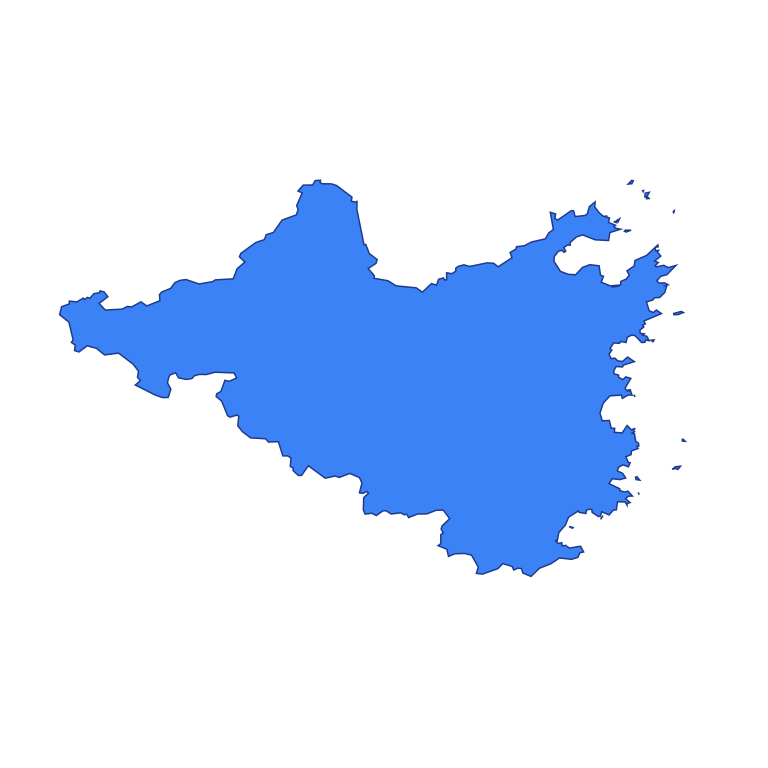 Trenggalek, Jawa Timur, Indonesia, rotated 262°
{"feature_id": "22746128B86316028646138", "entity_name": "Trenggalek", "entity_type": "district", "adm_level": 2, "iso_a3": "IDN", "parent_name": "Indonesia", "parent_adm1": "Jawa Timur", "projection": "equal_earth", "projection_center": [111.621, -8.138], "detail": "fine", "context": "isolated", "style": "filled", "palette": "blue", "viewbox_px": 768, "rotation_deg": 262, "n_neighbors": 0, "source": "geoboundaries", "source_scale": "gbopen_adm2", "svg_char_len": 6175}
<svg xmlns="http://www.w3.org/2000/svg" viewBox="0 0 768 768"><g transform="rotate(262 384 384)"><path d="M184.3,545.3L185.3,551.8L189.6,554.4L189.9,558.3L196.0,556.1L195.7,544.8L199.0,541.2L198.7,538.0L202.1,537.9L201.9,534.2L204.9,532.0L205.6,533.3L204.2,533.6L212.6,536.5L219.2,544.1L226.4,548.2L231.3,558.8L229.7,559.4L227.7,565.9L231.0,567.1L231.4,569.9L230.7,572.4L228.0,572.2L222.9,577.9L223.0,579.8L227.2,581.9L223.0,588.6L227.2,593.5L227.0,596.6L234.9,598.8L233.6,606.4L230.1,607.8L231.8,608.1L232.3,611.2L237.0,607.2L238.9,610.5L238.5,614.4L244.0,610.6L243.4,607.5L245.7,602.6L247.4,602.9L254.0,593.0L258.4,596.8L256.5,604.4L257.3,610.2L262.3,607.9L265.5,603.0L269.0,604.7L270.7,609.5L268.0,614.5L271.7,616.8L272.4,615.0L278.3,613.4L279.7,618.9L283.3,619.7L284.8,626.6L287.1,625.6L287.1,627.7L290.0,627.8L292.1,625.3L299.9,625.1L301.0,622.8L301.9,625.4L303.5,624.5L305.1,626.6L304.3,622.5L309.1,619.0L302.4,613.1L304.1,605.3L308.0,606.3L308.7,602.8L316.5,602.1L317.2,595.0L325.0,593.8L334.4,598.3L340.8,606.1L340.0,617.6L336.6,618.0L339.2,624.5L338.4,628.1L343.1,627.2L343.1,625.7L344.2,627.5L343.9,623.3L346.3,622.1L355.2,629.2L357.4,624.4L355.1,621.0L358.1,617.2L360.1,617.6L362.1,613.2L365.1,613.4L369.0,616.3L367.7,622.6L369.4,623.5L371.3,635.0L376.8,629.0L373.1,623.3L374.4,618.7L377.5,616.2L377.5,612.4L382.2,611.0L385.9,614.3L387.6,612.7L392.7,617.2L391.5,622.9L393.2,624.2L391.4,629.4L396.4,631.4L398.0,636.2L396.8,639.5L389.2,644.9L389.0,648.2L391.2,649.2L390.0,652.6L394.6,650.9L396.5,646.9L397.5,648.6L398.5,644.8L401.7,644.9L404.3,649.2L406.2,648.1L407.1,651.1L410.3,650.3L415.1,668.6L419.4,664.0L417.3,660.7L419.7,656.8L428.8,655.3L429.8,662.0L431.7,663.8L431.3,669.1L435.5,674.7L441.7,677.6L442.2,676.2L442.7,679.2L445.1,675.9L445.6,670.6L448.2,668.5L452.2,673.1L452.8,679.2L460.8,689.7L459.7,681.7L462.6,677.6L462.1,670.3L463.3,668.8L466.1,672.5L468.1,669.1L472.2,675.9L476.6,673.2L478.1,674.5L478.1,671.6L481.4,671.5L481.8,674.7L483.6,674.5L474.8,662.0L471.4,649.8L466.1,648.2L462.2,640.3L457.7,642.1L454.2,638.4L452.6,632.8L449.4,632.2L448.5,630.5L448.2,628.8L448.3,622.9L449.2,631.0L449.7,621.7L454.5,613.3L460.1,616.3L461.6,613.5L471.1,613.5L473.5,604.5L471.9,596.9L465.5,588.9L467.0,581.7L471.0,574.4L481.9,569.4L486.6,570.4L491.2,575.2L491.6,578.9L489.3,580.6L490.4,582.5L494.1,580.9L496.1,585.3L495.5,587.7L498.2,588.0L502.8,595.0L504.0,601.4L497.4,613.2L494.8,626.4L502.5,628.7L504.4,639.8L506.2,634.7L507.8,633.7L508.9,635.4L512.8,628.8L517.1,630.4L519.8,624.3L523.8,620.8L530.0,617.3L534.9,618.4L531.1,612.1L524.0,608.9L522.9,606.5L523.2,596.6L529.2,595.8L529.6,593.6L522.2,578.9L524.2,576.2L528.5,577.7L530.9,572.6L513.4,573.2L510.8,568.3L505.3,564.0L504.1,549.8L501.4,542.3L501.5,534.3L499.3,533.5L496.7,527.2L491.2,528.3L484.2,513.4L488.3,509.3L489.6,503.1L488.5,485.1L490.9,479.7L490.2,474.0L488.8,471.3L485.7,470.7L483.8,466.5L485.4,461.5L478.4,460.5L478.7,458.3L480.8,457.7L480.1,452.7L474.6,449.8L476.8,444.9L469.6,434.8L474.8,429.2L479.5,409.7L485.7,402.3L490.1,388.8L492.5,389.5L500.5,384.4L504.6,392.9L508.2,394.5L515.2,387.6L524.7,385.4L524.8,383.6L560.7,381.4L569.2,382.8L567.9,382.2L569.5,377.0L573.5,378.3L587.1,364.7L589.5,359.9L590.8,350.9L592.3,348.7L594.6,349.5L595.0,344.2L591.0,341.0L592.2,331.7L587.1,325.7L584.6,329.6L572.9,322.4L568.8,323.2L563.7,320.8L560.5,305.9L549.4,295.5L548.3,288.2L543.6,285.6L542.0,276.8L533.3,260.5L530.1,258.5L524.1,263.2L518.6,254.6L509.1,249.3L510.6,231.4L509.2,228.5L508.8,214.7L515.0,202.5L515.0,196.4L513.6,191.2L508.4,186.1L506.0,176.6L503.7,174.1L497.7,173.7L494.3,160.0L499.2,154.8L495.5,145.1L496.5,140.7L494.6,135.0L496.0,118.3L503.4,113.1L508.9,122.7L514.2,119.6L515.7,115.7L514.0,114.9L513.8,109.3L509.9,104.8L511.0,102.3L509.3,99.3L510.9,98.2L508.0,91.2L509.9,84.0L507.1,83.5L505.4,75.5L497.8,72.4L489.1,80.6L470.9,82.3L468.7,80.2L465.5,83.7L460.2,82.2L458.2,86.4L463.1,95.3L459.4,104.2L451.7,111.3L451.5,125.5L438.6,138.3L430.8,142.7L425.0,140.8L421.2,143.2L417.6,137.6L405.0,155.8L401.4,162.7L400.7,168.4L408.5,172.2L415.5,169.7L420.8,171.9L422.7,173.2L424.1,179.2L418.7,181.4L416.1,188.6L416.1,194.5L418.5,197.3L419.2,202.4L418.1,209.4L419.2,218.3L415.8,237.1L410.5,238.9L408.2,231.1L409.8,227.0L399.4,221.5L397.6,216.9L394.9,216.1L389.6,220.9L374.4,224.7L372.6,226.9L373.7,234.2L372.3,235.7L363.0,233.4L356.7,237.0L349.2,244.4L346.2,259.2L342.6,261.5L341.6,271.4L326.9,273.8L326.2,278.6L323.7,281.6L315.3,279.7L313.5,282.5L310.9,281.9L305.4,286.4L304.9,289.6L313.6,297.7L298.9,312.7L299.7,322.8L297.7,326.7L300.2,337.7L294.7,346.7L289.0,348.4L279.6,344.5L278.7,348.1L279.9,352.1L278.2,353.6L274.3,348.1L262.3,346.0L257.8,347.2L257.7,353.9L254.8,358.1L258.5,365.1L258.2,368.5L254.3,372.9L254.1,382.7L251.7,385.7L251.9,388.4L248.3,389.8L250.6,399.1L249.4,408.5L251.7,418.0L250.9,425.1L241.5,430.3L235.5,421.9L232.5,420.4L228.0,421.9L227.0,419.3L218.0,418.0L216.4,415.0L211.7,423.2L204.3,423.9L206.0,430.4L205.0,440.1L202.3,446.9L189.5,451.9L183.6,449.1L182.0,455.0L185.3,471.0L189.6,476.6L185.6,485.4L181.7,486.7L183.0,490.8L182.1,494.5L177.5,495.2L173.0,502.8L179.9,512.3L182.8,524.3L187.3,533.6L184.3,545.3ZM261.5,661.1L259.4,657.5L259.8,661.3L258.4,663.0L261.3,666.2L261.5,661.1ZM413.5,680.7L412.3,680.7L411.8,685.0L413.1,690.5L414.5,688.4L413.5,680.7ZM533.0,668.3L532.2,669.9L536.9,673.4L536.6,669.2L533.0,668.3ZM253.2,623.9L256.9,621.7L256.8,620.1L254.3,620.2L253.2,623.9ZM550.5,659.2L551.2,657.7L548.0,653.6L547.8,657.3L550.5,659.2ZM501.9,650.1L502.8,644.4L501.9,643.3L500.8,644.9L501.9,650.1ZM285.3,674.3L287.4,672.8L287.8,671.8L286.0,671.4L285.3,674.3ZM390.1,657.5L390.2,654.6L388.4,656.3L390.1,657.5ZM215.6,551.3L217.1,547.4L214.9,550.6L215.6,551.3ZM530.8,672.3L532.1,671.3L532.3,670.3L530.9,669.8L530.8,672.3ZM514.8,640.2L513.5,637.2L511.9,638.3L514.8,640.2ZM338.5,629.8L337.5,630.2L336.4,631.0L338.5,629.8ZM223.2,582.6L220.9,580.2L220.5,580.3L223.2,582.6ZM514.7,694.5L512.6,694.6L515.3,695.6L514.7,694.5ZM511.5,636.5L512.6,636.2L512.7,634.1L511.5,636.5ZM538.4,667.4L539.5,667.9L539.4,667.0L538.4,667.4ZM238.9,621.1L240.5,621.0L240.5,620.8L238.9,621.1ZM519.2,628.6L519.5,626.6L519.3,626.5L519.2,628.6Z" fill="#3b82f6" stroke="#1e3a8a" stroke-width="1.5"/></g></svg>